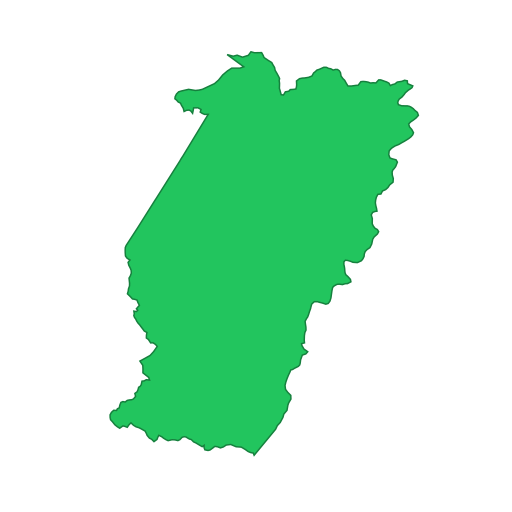 the district of Pirenópolis, Goiás, Brazil, rotated 12°
{"feature_id": "56859067B31927266402805", "entity_name": "Pirenópolis", "entity_type": "district", "adm_level": 2, "iso_a3": "BRA", "parent_name": "Brazil", "parent_adm1": "Goiás", "projection": "mercator", "projection_center": [-48.996, -15.826], "detail": "fine", "context": "isolated", "style": "filled", "palette": "green", "viewbox_px": 512, "rotation_deg": 12, "n_neighbors": 0, "source": "geoboundaries", "source_scale": "gbopen_adm2", "svg_char_len": 5262}
<svg xmlns="http://www.w3.org/2000/svg" viewBox="0 0 512 512"><g transform="rotate(12 256 256)"><path d="M315.4,359.4L316.8,358.0L320.3,355.2L321.4,353.5L321.5,351.5L321.2,348.3L321.9,343.3L325.1,341.4L326.5,338.9L324.5,338.0L322.3,337.1L319.5,334.0L318.8,332.2L321.5,330.9L320.7,328.4L319.9,323.8L319.7,320.7L320.3,318.1L319.6,315.2L318.4,312.0L317.6,309.7L318.4,306.8L319.2,304.9L319.6,302.3L319.9,299.0L320.3,296.3L320.3,294.5L320.5,291.4L322.5,288.6L325.7,287.9L327.6,288.1L330.8,288.2L334.3,288.6L336.5,287.4L337.7,284.8L338.0,281.4L337.5,274.2L337.5,270.8L338.6,269.1L339.9,267.9L341.3,266.8L343.4,266.2L346.5,266.0L348.9,264.6L351.2,264.0L354.2,261.5L353.2,259.2L350.0,256.9L347.7,255.6L346.5,253.7L345.9,251.9L345.3,249.8L344.5,247.7L343.7,246.0L343.2,243.4L344.3,241.5L346.7,241.3L349.4,241.5L352.1,242.0L356.5,241.4L360.1,238.7L361.1,236.7L361.8,234.0L361.5,231.5L361.9,228.9L363.3,226.6L365.7,224.1L366.7,220.2L366.7,215.3L367.6,212.8L370.2,209.2L370.9,206.7L369.2,204.9L366.6,204.1L364.4,202.2L363.0,200.3L362.6,198.3L362.0,195.2L360.2,191.8L361.0,189.1L363.1,187.7L365.0,187.0L364.0,184.4L362.8,182.0L361.7,179.2L361.4,176.4L361.5,173.5L362.4,170.3L365.3,169.4L366.2,166.1L369.0,164.1L370.8,161.6L372.0,158.6L374.7,155.3L374.2,151.7L372.5,148.5L371.7,145.6L371.9,143.6L373.0,141.7L374.0,139.5L374.8,134.8L373.0,132.8L368.9,132.6L366.6,132.2L364.8,129.3L364.4,125.6L365.4,123.6L366.7,121.8L369.2,119.4L372.5,117.2L375.1,114.8L377.1,113.1L379.1,111.2L380.9,109.5L382.8,107.2L384.1,104.8L384.4,102.6L382.1,99.9L379.3,97.8L377.9,95.1L379.3,92.8L381.5,90.5L383.9,87.7L385.6,84.7L384.0,82.0L380.9,80.4L379.2,79.2L376.9,78.2L374.9,77.7L372.8,77.7L371.1,78.1L369.2,78.4L367.4,78.8L363.9,78.4L362.8,76.7L362.8,74.7L363.5,72.7L365.7,70.2L367.3,67.3L368.2,65.2L369.5,63.5L370.6,62.0L372.0,60.7L373.6,58.9L374.0,57.0L368.4,55.9L367.6,53.2L364.8,53.2L362.4,54.8L358.0,56.5L356.0,58.9L353.7,60.0L352.0,61.4L350.1,59.3L347.7,58.6L345.2,58.3L341.5,57.8L339.4,58.2L337.3,61.8L334.5,62.2L332.1,63.0L329.4,62.6L326.6,62.7L324.4,63.0L322.3,63.7L320.4,67.8L318.4,68.3L314.0,69.9L310.6,70.6L308.0,67.8L306.2,65.7L304.1,64.4L301.8,62.3L300.5,59.1L299.0,57.5L296.9,56.6L294.9,57.0L292.8,58.1L290.2,57.3L287.9,57.4L285.7,56.8L283.1,57.3L279.0,60.3L276.9,61.5L275.7,63.3L274.3,65.0L273.3,68.3L270.3,70.3L268.5,71.0L266.4,71.8L264.2,72.4L261.7,73.5L259.2,76.4L260.2,80.2L260.4,82.2L260.3,84.4L257.8,85.3L254.9,86.1L253.8,88.0L250.6,89.3L249.4,92.8L247.1,93.0L245.4,89.7L244.0,87.1L243.7,85.3L243.1,82.1L242.2,79.6L242.2,77.6L241.1,76.1L238.5,73.0L236.1,70.4L235.0,67.8L232.6,65.2L231.2,63.5L229.0,62.7L227.2,62.1L222.6,60.2L221.4,58.4L219.2,55.9L212.3,57.5L208.6,57.3L206.8,61.3L201.5,64.3L195.8,63.5L192.2,65.3L185.9,65.0L204.7,73.5L201.2,75.6L193.2,77.3L189.6,80.9L185.8,85.8L182.8,91.7L179.6,96.0L168.9,104.1L165.7,105.6L162.3,106.7L155.4,107.0L151.5,108.8L148.3,110.3L146.2,111.5L144.5,114.2L143.8,117.0L144.0,119.1L145.9,120.0L147.8,121.5L150.4,122.2L151.6,123.9L154.2,126.7L155.6,129.6L157.8,127.9L160.2,127.2L161.9,127.6L164.3,129.6L164.3,127.2L164.2,124.1L168.4,123.1L171.8,124.1L171.5,126.8L173.5,127.6L176.2,128.2L179.8,127.4L163.8,173.2L162.5,176.5L161.9,178.5L157.9,189.3L146.4,220.5L145.5,222.8L134.3,253.2L126.8,272.7L126.4,274.9L126.8,277.4L127.4,280.0L128.3,283.1L130.1,284.8L131.9,285.6L133.6,286.1L132.2,288.8L133.5,291.5L135.6,294.1L136.9,296.1L137.6,298.7L137.2,301.7L136.4,304.0L137.2,306.5L138.0,309.0L138.5,311.7L138.1,314.7L138.3,317.0L138.1,319.7L140.5,321.2L142.3,322.4L144.1,323.7L146.1,323.6L148.7,323.8L150.2,326.1L152.2,328.5L151.1,330.4L150.0,332.5L151.6,333.6L150.6,335.2L148.0,335.3L148.9,337.7L148.9,339.7L150.0,341.4L151.5,342.7L152.7,344.3L154.6,346.2L156.6,347.6L158.6,349.4L160.5,351.0L162.3,352.6L165.2,353.5L165.3,356.2L165.8,359.0L168.1,360.0L171.0,362.9L173.4,362.3L176.1,363.4L178.2,365.0L177.3,367.1L175.7,370.9L173.1,375.3L166.9,380.7L164.3,382.9L168.0,386.5L168.9,389.9L169.7,393.8L176.3,397.1L177.7,399.5L174.4,399.8L172.6,401.4L170.5,402.1L170.5,405.8L169.8,407.6L168.5,408.8L168.4,411.2L167.9,413.6L166.1,415.6L167.4,418.4L165.8,421.4L164.3,422.4L161.9,423.2L160.1,424.0L158.4,426.0L156.0,426.1L154.3,427.3L153.8,430.3L153.8,433.0L152.2,434.2L151.7,436.1L148.9,436.5L147.1,439.0L146.3,441.7L146.9,444.3L147.8,446.4L150.1,448.0L153.0,450.4L156.0,451.9L158.5,452.8L161.1,449.9L163.0,449.9L165.7,450.3L166.8,447.6L168.4,445.2L171.3,447.0L174.1,448.0L177.3,448.3L179.8,449.0L183.9,450.3L185.6,452.3L186.8,454.1L189.6,456.3L192.1,457.0L194.8,458.8L197.3,456.0L197.6,453.9L198.2,451.6L201.4,452.4L203.4,453.4L205.9,454.3L208.4,454.9L212.0,453.2L214.9,452.7L218.0,452.8L219.7,451.5L221.4,448.7L223.3,447.7L225.2,447.6L227.1,448.3L229.0,448.9L230.9,449.0L233.6,450.8L235.9,451.3L240.3,452.8L243.0,453.7L244.6,452.0L245.0,454.2L246.3,456.2L249.5,456.2L251.4,455.3L253.9,452.5L255.3,450.8L258.0,450.6L261.1,451.1L263.7,449.6L266.2,447.1L270.5,445.6L276.2,446.7L281.4,446.0L285.8,447.5L289.0,448.9L291.8,449.4L294.3,449.3L295.6,451.3L310.1,423.5L311.2,421.4L312.1,417.5L314.3,413.8L315.9,408.2L316.1,404.8L318.4,400.5L318.2,395.2L318.5,392.9L319.9,388.7L319.0,385.1L315.3,382.7L312.6,380.3L311.3,376.6L311.4,373.0L311.9,369.1L312.6,365.4L313.2,363.0L313.7,360.2L315.4,359.4Z" fill="#22c55e" stroke="#15803d" stroke-width="1.5"/></g></svg>